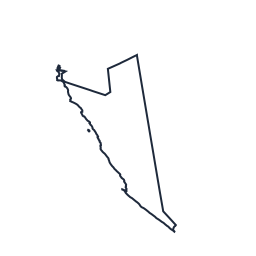 Sveitarfélagið Garður, Suðurnes, Iceland, rotated 209°
{"feature_id": "244011B4203273652382", "entity_name": "Sveitarfélagið Garður", "entity_type": "district", "adm_level": 2, "iso_a3": "ISL", "parent_name": "Iceland", "parent_adm1": "Suðurnes", "projection": "equal_earth", "projection_center": [-22.614, 64.036], "detail": "fine", "context": "isolated", "style": "outline", "palette": "slate", "viewbox_px": 256, "rotation_deg": 209, "n_neighbors": 0, "source": "geoboundaries", "source_scale": "gbopen_adm2", "svg_char_len": 5266}
<svg xmlns="http://www.w3.org/2000/svg" viewBox="0 0 256 256"><g transform="rotate(209 128 128)"><path d="M210.1,147.2L211.1,146.9L211.4,147.1L214.8,145.9L214.5,145.7L215.1,145.6L215.2,145.4L215.7,145.3L215.8,145.2L216.1,145.3L216.4,145.1L216.7,145.3L217.6,146.2L217.8,147.3L217.0,147.3L216.9,147.1L216.6,147.1L216.6,147.7L217.0,147.7L217.0,147.4L217.8,147.4L218.0,148.6L217.8,148.8L217.8,149.0L218.4,149.1L219.0,149.0L218.7,146.1L217.5,144.9L216.7,144.6L216.4,144.2L216.9,144.0L218.1,143.8L218.0,143.7L217.6,143.6L217.2,143.6L216.1,143.4L215.6,143.0L214.4,142.3L214.1,141.4L213.6,139.9L213.9,139.7L214.2,139.6L214.5,139.2L214.9,138.2L214.6,137.6L214.4,137.2L213.9,136.7L213.3,136.3L213.3,135.7L213.2,135.5L212.7,135.5L211.8,135.9L210.4,136.8L210.0,136.9L209.4,137.0L207.3,137.0L207.0,136.9L206.4,136.6L205.5,136.1L205.4,135.9L204.5,135.2L204.2,135.1L204.0,134.9L204.0,134.6L204.0,134.1L203.5,133.8L203.1,133.7L202.2,133.9L201.7,133.8L200.1,133.2L198.8,132.1L198.5,131.7L198.2,130.8L197.8,130.3L197.1,129.5L196.9,129.3L196.2,128.5L195.5,128.1L194.4,127.6L192.8,126.9L192.1,126.1L192.1,125.7L192.3,125.4L192.3,124.7L191.9,124.4L191.8,124.2L191.6,123.5L191.1,123.5L190.6,123.7L189.8,123.6L188.5,123.8L186.6,123.9L184.4,123.9L182.7,123.6L181.8,123.2L180.2,122.7L179.0,122.6L177.4,121.7L176.5,121.3L176.4,121.2L176.3,120.9L175.8,120.0L176.7,119.2L176.6,118.8L176.4,118.7L175.9,118.3L175.0,117.8L174.0,117.1L173.7,116.8L173.1,116.7L172.6,116.6L172.3,116.8L172.0,116.9L171.6,116.8L171.0,116.6L170.4,116.3L170.2,116.2L169.7,115.9L169.1,115.6L168.6,115.4L168.3,115.3L167.9,115.2L167.6,115.1L167.4,115.0L167.2,114.9L166.9,114.8L166.5,114.8L165.4,114.8L164.6,114.7L164.3,114.6L163.9,114.4L163.7,114.1L163.5,113.6L163.7,113.4L163.2,113.2L162.9,112.9L162.7,112.7L161.9,112.6L161.5,112.5L161.0,112.3L160.3,111.9L159.4,111.3L159.0,110.8L158.8,110.4L158.4,110.2L158.0,110.0L157.4,109.9L157.0,109.8L156.7,109.8L156.2,109.6L155.8,109.4L155.6,109.1L155.1,108.9L154.5,108.7L153.9,108.3L153.0,107.6L152.5,107.3L152.0,107.2L151.3,106.8L150.8,106.4L150.1,106.1L149.9,105.9L150.0,105.6L150.3,105.3L150.2,105.1L149.8,104.8L149.1,104.4L148.9,104.2L148.6,104.1L148.2,104.0L148.1,103.7L147.7,103.4L147.3,103.3L146.8,103.2L146.5,103.0L146.4,102.7L146.3,102.3L146.0,102.1L145.5,102.0L145.1,101.9L144.7,101.7L144.4,101.4L144.3,100.9L144.2,100.7L143.8,100.4L143.4,100.1L143.2,99.6L143.5,99.0L143.3,98.8L143.1,98.4L142.7,98.1L142.5,97.7L142.1,97.3L142.1,97.1L142.1,96.9L142.0,96.6L141.7,96.2L140.3,95.5L139.6,95.3L139.2,95.1L138.8,94.9L138.0,94.7L137.3,94.5L136.4,94.4L135.8,94.2L135.2,94.0L134.3,93.6L133.6,93.3L132.8,92.9L132.2,92.7L131.5,92.4L130.6,92.1L129.9,91.5L129.8,91.3L129.7,91.0L129.2,90.7L128.8,90.4L128.0,89.6L127.6,89.2L127.1,88.8L126.3,88.4L125.8,88.1L125.0,87.7L124.2,87.4L123.4,87.0L122.7,86.8L121.6,86.5L121.2,86.3L120.7,86.0L120.3,85.8L119.3,85.5L118.3,85.3L116.9,84.8L115.9,84.6L114.7,84.3L114.0,84.1L113.2,84.0L112.4,83.7L112.1,83.4L112.1,83.0L112.1,82.9L111.8,82.6L111.6,82.4L111.3,82.1L110.7,81.9L110.0,81.6L109.6,81.5L109.5,81.3L109.3,81.2L109.2,81.2L108.2,81.1L107.6,81.0L107.2,81.0L106.9,80.9L106.5,80.8L106.2,80.5L105.8,80.1L105.5,79.9L105.5,79.7L105.4,79.2L105.0,79.0L104.3,78.7L103.3,78.2L102.9,78.0L102.4,77.7L102.1,77.5L102.0,77.3L102.0,77.0L101.9,76.7L101.8,76.3L101.6,76.2L101.4,75.9L101.5,75.7L101.4,75.2L101.2,75.0L101.1,74.8L100.8,74.7L100.7,74.6L100.1,74.3L99.9,74.2L99.7,73.8L99.6,73.6L99.5,73.4L99.8,73.1L99.8,72.8L99.6,72.6L99.4,72.5L99.1,72.4L98.9,72.2L98.7,72.1L98.7,71.9L98.9,71.6L99.0,71.6L99.3,71.5L101.3,71.8L103.3,71.6L103.2,71.4L101.5,71.6L100.5,71.3L99.5,70.8L99.1,70.5L98.8,70.3L98.4,70.1L97.8,69.9L97.1,69.7L96.2,69.4L95.3,69.2L94.6,69.0L93.9,68.9L93.4,68.8L93.0,68.7L92.7,68.6L92.2,68.6L91.2,68.6L90.6,68.6L90.0,68.5L88.4,68.2L86.9,67.9L86.1,67.8L85.7,67.7L85.4,67.6L84.9,67.6L84.1,67.5L83.5,67.4L83.2,67.3L82.5,67.2L81.8,67.0L81.0,66.7L80.4,66.4L80.1,66.2L79.6,66.0L79.3,65.8L79.1,65.7L78.7,65.6L78.3,65.5L77.9,65.4L77.3,65.4L76.8,65.4L76.0,65.5L75.3,65.5L74.4,65.4L73.6,65.3L72.8,65.2L72.0,65.1L71.1,64.9L70.5,64.8L69.8,64.7L69.3,64.6L68.6,64.4L68.2,64.3L67.7,64.2L67.4,64.2L66.8,64.2L66.3,64.1L65.7,64.1L65.0,64.0L64.4,63.9L63.6,63.8L62.9,63.7L62.2,63.6L61.4,63.5L60.7,63.3L60.1,63.1L59.3,62.9L58.4,62.9L57.9,62.9L57.1,62.8L56.4,62.8L55.9,62.7L54.9,62.6L54.2,62.5L53.1,62.3L52.5,62.3L52.0,62.3L51.5,62.3L50.9,62.2L50.5,62.2L49.0,61.8L47.8,61.6L46.8,61.4L46.1,61.3L45.2,61.3L44.4,61.1L43.9,60.9L43.5,60.8L43.2,60.7L42.8,60.6L42.4,60.5L41.8,60.4L41.2,60.3L40.3,60.3L39.7,60.2L38.8,60.2L38.5,60.2L38.3,60.1L37.9,59.9L37.7,59.9L37.2,59.8L37.2,60.0L37.7,60.2L38.0,60.3L38.6,60.4L39.0,60.6L39.3,61.1L39.6,62.4L39.7,62.8L39.8,63.4L39.7,63.9L39.5,64.8L39.2,65.2L39.1,66.3L48.3,69.4L56.8,72.2L68.5,86.7L89.4,112.9L90.1,113.8L94.0,118.7L104.8,132.2L109.4,138.0L138.0,173.9L143.0,180.2L150.4,189.5L155.3,195.7L155.6,196.2L158.5,192.0L161.6,187.4L164.6,183.2L165.8,181.5L166.4,180.5L174.3,170.0L160.9,150.9L162.5,148.0L163.8,145.7L176.7,143.2L179.7,142.7L200.5,138.7L205.5,137.8L209.0,138.5L210.0,139.5L210.6,140.4L211.2,141.7L212.2,143.3L211.9,144.0L211.2,145.2L210.1,147.2ZM161.9,107.1L161.9,106.9L161.7,106.9L160.8,106.1L160.4,106.1L160.2,106.3L160.2,106.7L160.8,107.1L161.2,107.2L161.9,107.1Z" fill="none" stroke="#1e293b" stroke-width="2"/></g></svg>